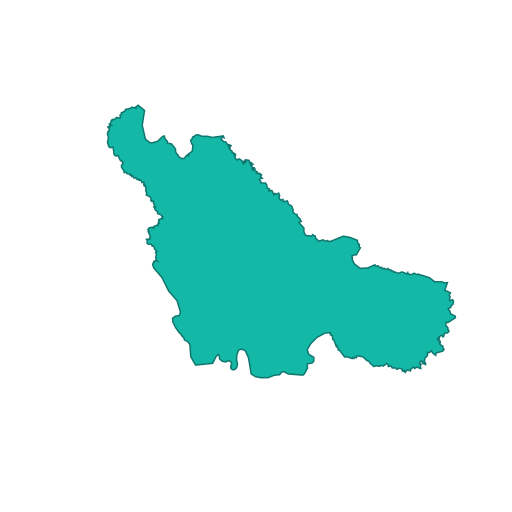 the district of Kham Muang, Kalasin, Thailand, rotated 136°
{"feature_id": "78962969B13207688711695", "entity_name": "Kham Muang", "entity_type": "district", "adm_level": 2, "iso_a3": "THA", "parent_name": "Thailand", "parent_adm1": "Kalasin", "projection": "robinson", "projection_center": [103.634, 16.933], "detail": "fine", "context": "isolated", "style": "filled", "palette": "teal", "viewbox_px": 512, "rotation_deg": 136, "n_neighbors": 0, "source": "geoboundaries", "source_scale": "gbopen_adm2", "svg_char_len": 6083}
<svg xmlns="http://www.w3.org/2000/svg" viewBox="0 0 512 512"><g transform="rotate(136 256 256)"><path d="M277.5,154.9L268.7,155.1L259.8,152.6L256.0,149.4L256.5,148.8L256.2,148.0L257.2,147.6L256.5,145.4L258.7,142.8L258.4,141.2L260.3,136.9L260.1,135.2L260.9,135.5L261.2,132.3L262.1,131.1L261.4,129.9L262.4,121.8L260.2,119.8L258.1,115.4L256.7,115.7L256.7,114.2L254.9,114.3L254.4,113.1L252.5,113.9L249.1,109.2L248.9,104.1L247.9,101.5L248.4,100.0L248.1,94.8L245.2,93.0L243.8,90.8L241.9,90.3L240.9,88.4L236.7,87.8L236.4,86.0L237.6,84.6L235.3,83.0L235.8,80.8L233.3,78.5L233.5,76.7L231.0,75.8L230.1,74.6L229.5,72.9L230.6,71.8L229.8,70.1L228.7,70.5L229.4,68.6L226.5,69.1L224.6,66.0L223.4,67.2L219.7,66.6L220.0,64.8L217.7,64.6L215.6,60.6L213.9,63.0L212.6,63.4L213.1,65.6L212.7,65.0L211.7,65.9L210.0,65.7L210.0,63.7L210.8,63.3L209.4,60.1L208.5,61.1L208.0,64.0L206.9,63.9L205.6,65.2L201.9,65.2L199.7,67.5L198.5,66.1L195.8,66.0L196.3,62.9L195.7,59.7L193.9,61.2L187.9,57.9L186.6,57.9L185.5,58.3L185.7,60.3L184.3,61.0L185.0,64.6L184.7,65.7L183.7,65.5L182.7,67.1L183.6,67.8L182.9,70.9L182.4,68.8L180.9,69.5L180.6,70.8L177.2,70.0L177.8,68.2L177.2,67.7L173.7,69.4L171.5,67.6L169.3,67.9L168.8,70.4L167.9,70.8L167.6,74.5L165.5,76.2L164.1,74.8L155.4,73.1L154.5,74.4L156.2,79.3L154.7,81.8L154.7,84.2L153.9,84.7L151.8,83.7L150.2,84.6L147.9,84.5L146.0,85.6L145.1,86.9L145.1,88.2L147.5,89.2L147.5,90.1L144.8,91.7L144.2,93.6L141.7,94.5L144.0,100.2L136.8,103.9L139.0,105.5L140.1,108.1L145.4,113.4L146.4,120.0L150.3,127.5L151.1,127.9L151.5,130.0L153.1,130.8L154.2,133.7L157.6,134.9L159.0,137.6L158.4,138.6L159.8,138.2L162.1,143.2L165.6,144.6L167.0,147.7L168.2,148.6L167.7,149.8L168.9,151.0L168.7,152.2L170.1,154.3L169.7,155.2L171.8,156.0L172.3,158.1L173.7,159.0L173.6,160.7L175.2,162.0L175.0,164.2L176.8,165.3L176.6,167.1L184.0,169.8L189.7,174.8L190.7,182.0L189.3,186.5L188.0,187.5L187.2,189.4L184.2,188.4L183.2,187.1L175.2,189.4L175.5,190.9L173.6,192.5L173.9,194.4L172.2,196.9L175.6,204.3L179.4,209.6L191.9,214.6L193.6,215.9L193.8,217.5L195.8,218.3L196.4,220.9L200.9,223.4L200.5,225.8L201.0,226.7L199.5,229.4L200.3,230.3L200.3,231.9L202.1,231.7L205.6,235.6L205.8,237.2L204.6,240.4L202.1,242.8L201.9,250.5L199.4,249.5L199.3,251.0L198.5,251.8L198.8,255.7L197.7,257.4L198.9,259.2L198.8,262.1L197.4,263.2L195.6,267.1L196.7,270.4L195.2,273.8L198.5,276.1L197.3,277.9L199.5,279.1L199.0,282.2L197.0,283.0L196.0,285.5L198.4,286.3L199.0,287.9L200.6,287.5L199.1,292.1L201.4,293.8L199.8,294.6L200.6,297.4L198.7,300.0L198.5,302.0L201.6,304.9L200.6,306.7L200.4,308.7L199.2,308.9L197.6,307.5L197.5,309.9L195.6,310.5L195.9,312.3L196.7,312.5L196.3,313.6L197.7,314.2L198.2,315.3L196.7,315.8L197.8,319.1L196.3,319.2L196.0,320.7L196.6,321.3L197.9,320.3L198.9,320.9L197.1,322.2L196.7,324.2L194.5,324.1L195.1,325.1L194.4,326.1L194.8,326.8L196.4,326.0L194.6,329.6L196.7,332.5L197.9,330.7L198.6,331.7L198.3,332.4L199.1,332.6L199.5,330.9L201.3,330.9L200.0,334.0L200.4,337.2L201.6,338.1L202.5,337.9L203.2,339.0L202.8,341.5L200.1,343.2L200.4,344.5L201.3,344.4L200.5,345.7L201.5,347.0L200.5,347.8L200.8,351.0L199.8,351.6L200.3,352.9L199.3,353.6L198.7,352.5L197.3,352.7L198.1,355.0L199.2,355.2L198.5,358.9L200.1,361.2L199.7,362.6L200.2,364.2L197.8,365.3L196.9,363.3L196.1,365.1L205.1,371.7L207.8,375.9L211.7,379.6L213.5,383.5L215.9,385.1L217.7,384.7L218.1,385.4L219.2,385.5L220.9,384.5L222.6,384.7L224.4,381.3L224.1,380.1L224.8,379.1L229.1,375.7L234.5,376.4L234.7,375.0L236.3,376.6L239.4,376.1L240.9,376.6L242.4,379.3L242.4,382.7L241.9,383.0L242.2,384.4L241.2,387.2L239.6,388.7L238.9,395.4L241.2,398.6L240.2,400.0L239.9,403.8L238.6,406.0L240.1,406.9L246.9,406.8L252.3,409.6L253.6,411.4L254.4,415.8L253.9,417.7L247.0,429.1L235.1,438.1L236.0,446.3L239.0,446.7L239.7,445.7L241.7,449.1L244.4,449.8L248.1,452.1L249.9,451.2L253.4,452.6L254.0,451.5L256.0,451.8L257.4,449.7L258.3,449.9L260.1,452.6L263.1,452.5L264.1,453.8L265.6,453.3L265.7,454.1L269.2,452.4L269.2,450.9L270.1,452.4L270.7,450.7L272.3,451.6L272.2,450.4L273.1,450.9L273.0,449.8L274.5,448.0L275.9,448.4L276.0,447.7L277.9,447.3L279.7,443.8L283.8,441.0L285.8,437.3L285.7,435.2L284.3,434.3L284.0,434.9L284.0,434.1L283.2,433.6L287.7,427.3L287.3,425.2L285.4,424.3L287.1,419.3L287.1,418.3L286.2,417.8L287.0,416.3L286.6,415.8L288.1,414.6L289.6,414.8L291.1,413.2L291.8,409.3L292.9,407.5L291.3,406.6L291.6,404.8L289.5,401.9L290.5,401.3L289.4,400.4L290.0,399.4L289.0,399.4L289.6,396.7L288.0,395.9L288.5,394.4L287.6,392.1L286.8,392.5L287.1,391.2L286.4,390.2L286.4,388.3L287.0,388.1L285.5,386.7L287.4,385.0L286.7,384.0L287.6,383.7L287.0,383.0L288.1,381.1L289.4,380.2L291.3,376.8L292.6,376.1L291.2,372.5L291.5,370.4L293.2,368.8L293.1,367.8L291.5,366.8L292.9,365.5L293.9,362.5L295.4,362.3L294.6,360.8L295.7,360.8L296.4,359.7L296.2,355.3L297.3,354.9L295.8,351.5L295.8,348.8L296.8,349.2L297.3,347.6L299.0,349.2L301.0,349.7L301.4,348.5L302.8,348.1L302.8,346.9L304.6,347.1L305.5,346.1L305.8,346.9L308.9,348.2L310.2,347.0L310.8,348.9L313.2,350.4L314.7,350.3L315.4,350.0L315.5,348.7L316.1,348.7L316.0,348.1L316.7,348.2L318.7,342.8L319.9,343.0L320.8,341.9L323.2,344.1L323.6,342.6L325.5,340.8L325.3,339.3L323.0,337.1L323.8,335.4L322.8,333.6L324.2,331.5L323.7,330.3L324.5,329.3L324.2,328.1L325.8,328.2L326.8,326.1L329.3,324.5L330.4,322.4L330.4,320.8L331.5,322.5L333.1,322.2L333.0,323.0L336.2,321.8L337.8,318.6L338.6,305.8L343.2,291.2L343.8,278.8L348.8,269.0L350.2,267.4L352.8,266.6L355.5,268.6L359.3,269.2L361.7,266.1L363.6,260.2L364.5,253.8L364.1,251.6L364.8,250.6L364.8,247.1L365.8,245.3L364.6,242.1L365.1,238.2L372.9,228.8L375.2,219.5L361.7,208.9L354.1,211.6L351.5,211.3L352.2,209.0L353.7,207.3L353.4,203.7L351.5,201.0L348.1,199.4L347.6,198.2L348.1,195.6L350.9,194.1L352.1,192.5L352.0,190.5L350.1,189.0L347.3,189.2L344.4,191.1L342.2,194.7L338.5,198.2L333.8,200.4L331.4,199.4L329.5,195.7L330.1,193.5L332.2,187.8L341.4,174.5L340.2,169.6L337.1,165.1L331.8,160.1L325.8,157.6L321.5,154.2L318.1,154.7L316.2,153.3L314.8,148.8L305.1,137.8L303.1,137.6L296.9,139.5L294.2,142.8L289.7,140.0L287.3,140.3L284.8,143.0L286.4,148.8L284.2,153.1L277.5,154.9Z" fill="#14b8a6" stroke="#0f766e" stroke-width="1.5"/></g></svg>